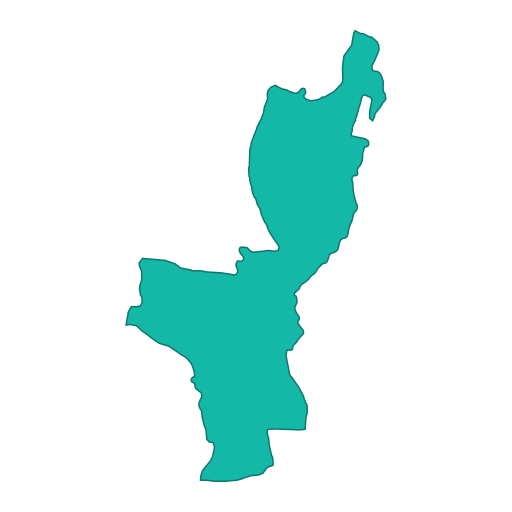 Guanagazapa, Escuintla, Guatemala
{"feature_id": "79465075B46302810770825", "entity_name": "Guanagazapa", "entity_type": "district", "adm_level": 2, "iso_a3": "GTM", "parent_name": "Guatemala", "parent_adm1": "Escuintla", "projection": "robinson", "projection_center": [-90.646, 14.158], "detail": "fine", "context": "isolated", "style": "filled", "palette": "teal", "viewbox_px": 512, "rotation_deg": 0, "n_neighbors": 0, "source": "geoboundaries", "source_scale": "gbopen_adm2", "svg_char_len": 5876}
<svg xmlns="http://www.w3.org/2000/svg" viewBox="0 0 512 512"><path d="M142.5,258.4L139.1,263.0L139.5,266.1L141.6,271.2L141.8,279.5L139.8,285.9L139.5,288.9L140.0,292.1L140.3,294.1L140.6,295.3L141.9,297.4L142.2,302.2L140.3,306.2L139.3,306.3L138.6,306.3L137.6,306.4L136.6,306.9L131.9,306.5L130.8,307.3L128.3,312.1L126.1,325.1L130.0,324.5L136.5,325.7L141.5,330.5L148.1,335.2L150.5,337.3L159.0,343.2L169.1,346.3L179.9,353.7L180.7,354.3L185.8,357.3L190.9,363.0L192.6,366.4L194.3,372.0L194.5,376.3L193.3,377.0L192.3,377.7L191.6,378.4L191.2,379.8L191.3,380.9L192.3,382.2L193.5,382.8L194.7,383.5L194.9,384.6L195.0,386.5L195.2,387.3L195.6,388.1L196.1,388.8L196.8,389.4L201.5,393.1L201.7,397.0L199.3,401.9L198.8,405.5L200.4,409.4L201.6,410.7L202.1,416.3L204.2,425.5L205.9,429.6L206.9,439.5L209.4,442.1L213.2,442.6L214.5,447.2L212.6,456.9L211.2,459.0L210.9,460.3L202.6,470.5L200.8,475.8L200.5,480.2L207.7,480.3L213.5,481.2L224.0,481.3L236.9,480.2L241.7,478.9L243.7,478.0L251.1,475.7L258.5,475.0L260.5,474.2L262.9,473.2L266.7,468.1L267.7,467.3L269.8,466.4L271.6,465.9L272.3,465.6L273.2,465.0L272.7,457.7L271.5,455.2L269.3,445.6L268.6,438.3L267.2,433.7L267.4,429.9L268.9,429.2L276.2,429.0L299.8,429.9L305.2,429.3L305.9,418.0L307.3,412.5L307.1,405.6L304.1,398.9L303.6,396.4L299.1,387.8L292.3,378.0L290.3,375.7L289.5,373.7L286.0,355.7L286.8,350.6L288.1,350.1L289.2,350.1L290.8,350.2L292.1,349.7L292.6,348.8L292.8,347.7L293.0,346.1L293.3,345.4L294.1,344.4L294.7,343.9L295.7,343.1L296.5,342.2L297.1,341.3L297.5,340.5L297.9,339.8L298.4,339.2L299.3,338.1L300.4,336.9L301.3,335.9L303.1,334.2L303.6,333.0L303.5,331.5L303.0,330.1L302.2,329.1L301.3,328.1L300.1,326.4L299.7,325.8L299.3,325.1L298.9,324.5L298.1,323.5L297.8,322.8L297.8,321.4L298.4,320.9L299.0,319.9L299.3,318.8L299.2,317.4L298.7,316.2L298.1,315.5L297.2,314.0L296.3,312.5L295.7,311.3L295.3,310.5L294.9,309.2L294.9,307.9L295.0,307.1L295.6,305.6L296.0,304.6L296.4,303.7L297.0,302.8L296.9,301.2L296.8,299.4L296.7,297.9L296.1,296.3L295.4,295.8L294.4,295.0L294.4,293.6L295.3,292.3L296.2,291.5L297.0,290.9L297.7,290.3L298.3,289.7L298.9,289.1L299.5,288.1L299.9,287.0L300.3,286.2L301.0,285.0L301.6,284.4L302.4,283.9L304.1,282.8L305.2,282.0L306.7,280.9L307.8,279.9L308.7,279.0L309.5,277.9L310.7,276.5L311.4,275.8L312.7,274.8L314.0,273.9L315.0,273.1L315.8,272.0L316.6,270.7L317.0,269.8L317.8,268.4L318.8,267.4L319.6,266.7L320.2,266.1L320.9,265.3L321.4,264.8L322.1,264.0L323.1,263.5L323.9,263.4L325.1,263.1L325.8,262.9L326.6,262.1L327.4,260.9L327.7,260.2L328.1,259.0L328.3,258.0L328.6,257.2L328.8,256.4L329.4,255.0L330.1,254.1L331.2,253.4L332.0,253.2L332.9,252.8L334.0,252.4L334.9,252.0L335.9,251.4L336.6,250.8L337.2,250.3L337.8,249.3L338.3,248.0L338.5,246.9L338.8,245.5L339.2,243.7L339.5,242.5L339.9,241.5L340.8,239.7L341.8,239.0L342.6,238.6L343.5,238.3L344.4,238.1L346.0,237.6L346.6,237.0L347.4,235.8L347.7,234.9L348.0,233.7L348.2,232.3L348.4,231.1L348.5,230.0L348.8,229.0L349.2,227.7L349.9,225.5L350.4,224.3L351.1,222.8L351.7,221.6L352.0,220.6L352.3,219.6L352.5,218.7L352.8,217.4L353.0,216.6L353.3,215.6L353.5,214.6L353.9,213.1L354.5,212.4L355.6,211.3L356.5,210.2L357.0,208.8L357.2,207.8L357.3,206.5L357.3,205.6L356.9,204.4L356.5,203.7L356.0,203.0L355.8,202.0L355.5,200.5L355.1,199.4L354.8,198.6L354.6,197.4L354.3,196.1L353.9,194.9L353.8,193.9L353.6,192.5L353.3,191.4L353.1,190.0L353.1,189.0L353.0,187.5L352.9,185.6L352.8,184.2L352.7,182.9L352.5,181.8L352.1,180.7L351.9,179.9L352.0,178.7L352.3,177.4L352.8,176.4L353.5,175.8L354.6,175.7L356.2,175.6L357.2,174.9L357.6,173.6L357.5,172.2L357.2,170.7L357.4,169.4L358.1,168.0L358.9,166.8L359.5,166.1L360.4,165.0L360.9,163.9L361.3,162.9L361.6,162.1L362.0,161.2L362.3,160.2L362.4,159.3L362.6,157.6L362.6,156.5L362.6,155.7L362.6,154.3L362.7,152.9L363.0,152.1L363.3,151.5L363.7,150.0L363.8,149.1L364.1,148.2L364.7,147.4L365.3,146.9L366.3,146.7L367.2,146.5L367.9,146.1L368.4,145.2L368.6,144.3L368.7,143.4L368.5,142.2L368.3,141.1L365.9,139.3L365.1,138.8L351.6,135.9L351.2,133.1L352.1,131.7L352.5,127.0L354.5,121.8L355.4,121.1L355.6,118.1L356.4,117.2L359.1,107.1L360.5,103.1L361.3,99.0L362.3,96.2L363.9,95.0L365.8,95.0L367.0,96.0L370.6,97.2L372.0,100.2L369.6,111.6L369.6,118.2L372.6,120.8L374.6,116.3L374.9,113.8L380.0,107.6L383.5,101.7L384.2,101.5L385.9,98.8L385.1,94.1L383.1,90.9L383.2,81.4L381.7,76.6L380.6,74.4L379.3,72.8L377.9,71.6L374.0,71.1L372.0,69.7L372.0,65.8L374.7,60.5L377.5,53.8L379.0,49.9L378.6,45.1L377.3,42.1L372.1,37.4L368.3,36.3L363.9,33.9L360.0,33.4L357.4,31.9L355.1,30.7L354.6,31.5L353.8,32.9L351.6,45.3L343.9,56.0L342.5,67.6L342.9,80.6L342.0,82.9L340.2,85.3L333.7,91.9L327.4,95.3L325.1,97.0L322.4,97.1L320.1,98.8L315.8,100.2L310.3,100.8L304.9,98.6L303.8,96.4L304.0,95.1L304.8,94.5L305.8,91.9L304.7,88.8L303.4,88.3L301.9,88.6L301.1,89.0L299.1,91.7L296.8,93.0L294.9,93.3L288.5,91.1L287.3,90.1L282.0,88.8L277.3,86.7L276.6,85.7L275.2,85.4L274.2,85.8L271.0,87.2L268.5,89.9L267.3,93.0L267.5,99.0L267.2,100.2L264.4,106.9L263.6,112.5L261.2,118.9L257.3,126.5L256.4,129.6L253.9,135.7L251.1,143.4L251.1,144.3L249.8,150.1L249.3,166.2L248.6,168.3L249.1,176.5L249.8,178.0L249.7,180.6L250.4,181.5L250.4,183.7L251.1,184.7L252.6,192.6L254.2,196.9L255.9,199.3L257.3,204.3L260.0,209.0L261.4,214.5L264.6,221.9L266.9,225.3L267.1,226.9L269.9,232.9L278.7,246.0L279.0,247.7L278.2,250.4L274.3,251.2L268.5,250.5L254.1,252.2L251.8,251.8L249.1,250.0L248.6,249.3L248.1,248.7L247.3,247.8L246.1,247.5L244.0,247.2L242.6,247.2L241.2,247.1L240.2,247.4L239.4,248.9L239.3,250.3L239.8,252.0L240.5,253.5L241.9,255.2L242.9,256.3L243.4,257.1L243.6,258.2L243.5,259.5L242.3,260.9L241.2,261.3L238.1,261.0L237.3,261.1L236.9,262.1L236.1,263.8L236.1,265.1L236.0,266.3L237.0,268.0L237.6,269.9L237.6,271.1L237.4,272.3L236.9,273.3L235.8,274.5L235.0,275.0L221.1,272.8L207.1,272.0L200.2,270.7L192.8,270.9L190.8,269.9L182.9,268.5L180.3,267.7L174.8,263.7L165.1,260.4L142.5,258.4Z" fill="#14b8a6" stroke="#0f766e" stroke-width="1.5"/></svg>